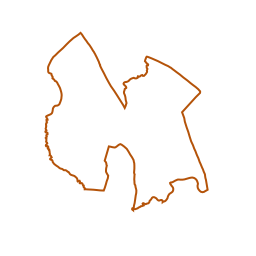 the district of Kampong Rou, Svay Rieng, Cambodia, rotated 197°
{"feature_id": "14789045B79980971591511", "entity_name": "Kampong Rou", "entity_type": "district", "adm_level": 2, "iso_a3": "KHM", "parent_name": "Cambodia", "parent_adm1": "Svay Rieng", "projection": "albers", "projection_center": [105.949, 10.943], "detail": "fine", "context": "isolated", "style": "outline", "palette": "amber", "viewbox_px": 256, "rotation_deg": 197, "n_neighbors": 0, "source": "geoboundaries", "source_scale": "gbopen_adm2", "svg_char_len": 5769}
<svg xmlns="http://www.w3.org/2000/svg" viewBox="0 0 256 256"><g transform="rotate(197 128 128)"><path d="M199.0,85.4L198.6,84.8L198.1,84.6L197.4,84.6L197.0,84.3L197.0,83.4L196.4,83.2L196.0,82.3L195.8,81.7L195.2,80.6L195.0,80.0L195.0,79.0L194.4,79.2L193.8,78.9L193.0,78.2L192.4,77.6L192.9,76.8L193.4,75.9L193.4,75.5L193.0,75.2L192.0,75.1L191.2,75.1L190.5,74.4L190.0,73.4L189.4,73.0L188.7,72.4L187.8,71.9L187.0,71.6L186.0,71.2L184.7,70.8L183.3,70.4L182.3,69.9L181.5,69.6L180.4,69.5L179.1,69.6L178.3,69.4L177.1,68.9L176.0,69.2L175.2,69.4L174.3,69.2L173.6,68.9L172.8,68.5L172.1,68.6L171.6,68.3L170.9,67.7L169.9,66.9L169.0,66.6L167.8,66.5L166.1,66.5L165.0,66.4L164.2,66.0L163.7,65.8L162.6,65.3L161.8,64.6L161.1,63.5L160.8,62.5L160.4,62.2L159.6,63.1L158.9,63.4L158.2,62.7L158.2,61.3L157.9,61.1L157.0,61.3L156.2,61.8L155.4,61.5L154.9,60.9L154.2,59.9L153.5,60.0L153.3,59.6L153.2,58.9L153.0,58.4L152.4,58.2L151.6,57.7L151.7,57.3L151.5,56.7L150.6,57.0L142.9,58.9L139.9,59.5L136.3,60.2L132.9,61.1L132.7,64.3L132.7,68.1L132.8,70.8L132.6,73.9L133.0,76.6L134.9,78.3L136.2,79.7L136.7,81.2L137.1,83.1L137.3,86.0L137.8,86.4L138.3,87.6L139.0,88.7L140.7,89.9L140.9,104.8L139.2,105.0L137.4,105.1L135.2,105.4L134.3,105.9L133.2,107.3L132.0,109.1L130.7,110.3L129.3,110.2L126.4,109.2L123.1,107.7L120.5,105.5L118.2,103.3L116.0,101.5L115.4,101.0L114.1,99.7L113.5,99.2L112.9,98.2L112.4,97.2L111.7,96.1L110.9,93.9L110.0,90.9L109.6,89.1L109.2,87.2L108.6,86.1L108.1,85.6L108.1,85.2L107.9,84.4L107.3,81.9L107.0,80.7L106.2,78.7L105.7,77.2L105.1,76.0L104.3,75.4L103.6,73.9L103.2,73.2L102.3,71.8L101.7,70.6L101.1,68.2L100.9,65.8L100.4,62.7L99.7,58.1L99.6,55.5L99.3,54.0L99.2,53.4L99.5,53.1L100.3,52.6L100.4,52.0L100.2,51.3L99.2,50.9L99.5,51.6L99.1,52.1L98.7,52.2L98.1,52.2L97.5,52.4L96.4,53.2L95.2,54.1L94.8,54.8L94.2,55.4L93.5,55.9L93.0,56.8L92.1,57.2L90.4,58.5L91.5,59.4L91.9,59.8L91.7,60.4L91.3,60.6L90.7,60.5L89.1,60.3L88.6,60.5L87.7,61.3L86.6,61.9L86.1,62.7L85.9,63.7L86.0,64.6L85.5,65.6L85.1,66.3L84.6,68.3L83.8,69.2L82.4,69.5L81.6,69.3L80.7,69.1L80.3,69.0L79.5,68.4L79.0,68.1L78.1,67.7L77.4,67.6L76.8,67.8L75.8,68.6L74.7,69.0L73.8,68.6L73.5,68.2L73.2,67.2L72.8,67.8L72.0,68.4L71.6,68.5L71.1,69.0L70.6,69.8L70.1,71.0L69.7,72.5L69.8,73.7L69.7,75.2L69.1,77.1L68.1,78.3L67.1,79.6L66.7,80.4L66.6,81.7L66.9,83.0L67.4,83.9L67.9,84.4L68.4,84.8L68.8,85.1L69.8,85.7L70.0,86.0L71.1,86.8L71.7,87.7L71.3,88.3L70.9,88.6L70.2,88.8L69.4,89.4L67.3,91.6L65.4,93.2L64.2,93.6L62.4,94.0L60.6,94.6L58.9,95.4L56.9,96.7L54.6,98.2L52.9,99.1L51.7,99.5L49.9,99.5L48.4,99.0L47.1,98.2L46.1,97.1L45.4,96.1L44.9,95.4L44.7,94.4L44.6,93.0L43.8,91.2L42.6,89.9L40.9,88.8L39.6,88.3L38.0,88.4L36.7,89.1L35.8,90.1L33.8,92.2L37.6,99.8L38.4,101.4L39.1,102.4L39.8,103.7L40.9,106.2L42.9,108.5L44.2,110.3L45.5,111.7L48.3,115.1L49.5,116.4L50.6,117.9L51.9,119.7L53.8,121.8L55.1,123.4L56.7,125.5L58.7,127.7L60.8,130.5L63.7,133.7L66.6,137.9L69.3,142.0L72.0,145.6L75.5,150.7L77.1,153.9L80.9,158.9L72.2,177.3L69.4,182.5L69.5,183.5L69.8,184.2L70.7,184.7L72.1,185.6L75.3,187.0L78.4,188.1L81.3,189.2L85.1,190.8L89.8,192.5L94.1,194.3L98.1,195.7L100.5,196.6L102.5,197.3L104.7,198.2L105.5,198.3L107.6,198.9L110.8,199.3L118.9,200.7L122.4,201.1L125.9,201.5L128.3,201.7L130.2,201.8L130.9,201.7L131.2,201.1L131.3,199.8L131.4,198.0L131.3,196.8L130.2,196.2L129.2,195.4L128.1,195.1L127.3,194.6L127.2,193.8L128.2,193.4L128.4,192.9L127.7,191.0L126.7,190.2L126.7,189.5L126.8,188.5L126.3,187.7L126.2,186.8L126.5,185.9L126.8,184.7L128.0,182.5L129.0,182.2L129.8,182.8L130.7,182.3L131.6,180.9L132.4,180.3L133.6,180.4L133.7,179.8L133.4,179.0L133.9,178.4L134.7,177.8L135.9,177.5L137.1,177.7L138.2,177.0L139.2,176.2L139.9,175.5L140.6,174.4L141.2,173.1L142.1,172.2L143.1,171.5L143.5,171.4L144.4,170.9L145.1,170.1L145.2,169.0L144.7,168.4L143.3,167.7L142.1,167.0L141.5,166.3L141.4,165.7L142.0,165.1L142.5,164.4L142.4,163.6L142.4,161.2L141.9,160.0L141.2,159.2L140.7,158.6L140.1,157.7L139.5,156.7L138.3,154.0L137.4,152.6L136.7,151.4L136.7,150.6L136.8,149.9L136.7,148.7L137.0,146.2L139.4,148.6L147.6,155.7L152.1,159.5L156.6,163.0L159.5,165.7L163.4,169.5L167.0,173.3L170.6,176.9L173.0,179.5L173.0,180.0L173.3,180.4L173.7,180.7L174.4,181.5L175.1,182.6L176.1,183.7L176.9,184.6L177.9,185.7L179.1,187.0L180.2,188.1L181.1,189.1L181.9,189.8L183.1,191.0L184.0,191.6L186.5,193.9L188.9,195.9L190.2,196.8L190.9,197.2L193.4,199.2L195.1,200.4L197.6,202.4L198.6,203.3L199.6,204.1L201.2,205.1L202.6,202.9L204.6,200.4L206.5,198.1L209.2,193.7L211.2,190.0L213.5,185.5L216.9,179.8L218.7,176.4L220.2,174.0L221.2,170.5L221.7,167.3L222.1,164.7L222.2,162.9L221.9,161.8L221.8,161.3L221.4,160.5L221.0,159.2L220.7,158.4L220.0,157.7L218.7,157.5L217.5,157.5L216.9,157.2L216.4,156.0L215.9,155.6L215.2,155.1L214.8,154.4L214.9,153.6L214.4,153.2L213.6,153.1L212.4,152.4L211.8,151.7L210.5,151.6L209.1,150.8L208.1,149.7L206.1,147.8L204.6,146.2L203.6,144.7L202.6,143.2L201.8,141.8L201.3,140.7L200.9,139.5L200.6,137.9L200.3,136.4L200.3,134.4L200.4,132.5L200.6,130.7L201.1,129.8L201.9,128.9L204.2,127.9L205.1,126.5L205.5,124.8L205.2,123.0L205.0,121.4L205.1,119.9L205.9,118.6L208.4,116.5L209.5,115.4L209.6,114.8L208.8,113.9L208.2,113.6L207.6,112.9L207.3,112.4L208.3,111.8L207.7,110.4L207.2,110.0L207.5,109.4L207.3,109.1L207.3,108.5L207.6,107.9L207.4,107.4L207.2,106.7L206.7,106.0L206.8,105.5L206.5,104.6L206.6,103.7L206.6,103.4L206.4,103.0L205.3,102.0L205.6,101.2L205.9,100.9L205.9,100.2L205.3,99.8L204.9,99.7L204.2,100.0L203.7,99.9L203.4,99.4L203.1,98.4L203.5,98.1L204.0,97.2L203.7,96.6L203.1,95.9L203.4,95.5L203.6,95.1L203.5,94.7L203.7,94.4L202.9,93.9L203.0,93.6L202.8,93.2L202.5,92.7L202.4,92.0L202.4,91.2L201.8,90.5L201.2,90.4L200.7,89.7L201.2,88.4L201.5,87.8L201.4,87.1L201.0,86.7L200.3,87.0L199.6,87.2L198.8,86.7L198.6,86.3L198.5,85.9L199.0,85.4Z" fill="none" stroke="#b45309" stroke-width="2"/></g></svg>